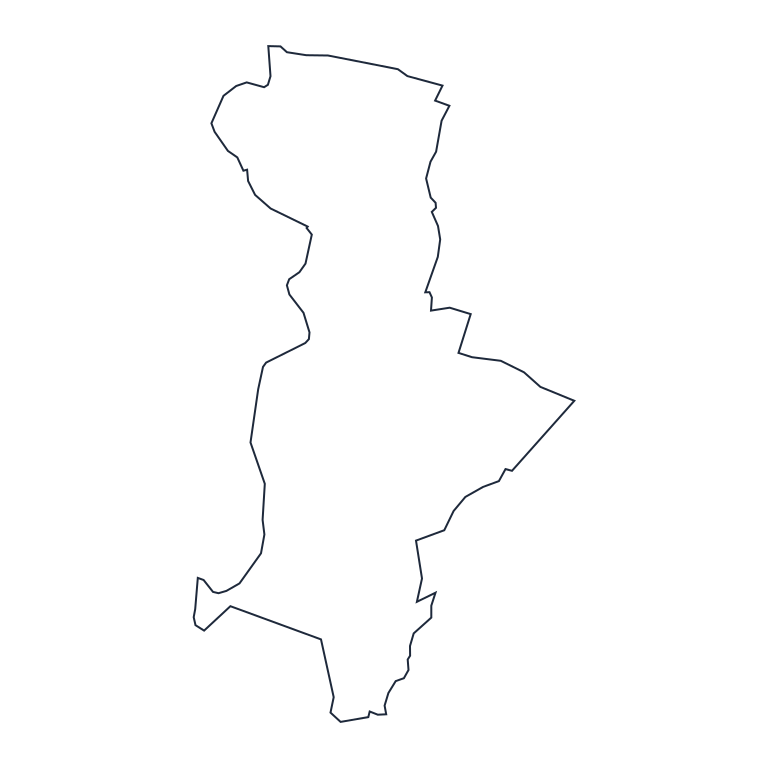 Castleknock Lea-6, Fingal, Ireland, rotated 90°
{"feature_id": "5873133B47957460219787", "entity_name": "Castleknock Lea-6", "entity_type": "district", "adm_level": 2, "iso_a3": "IRL", "parent_name": "Ireland", "parent_adm1": "Fingal", "projection": "orthographic", "projection_center": [-6.404, 53.378], "detail": "fine", "context": "isolated", "style": "outline", "palette": "slate", "viewbox_px": 768, "rotation_deg": 90, "n_neighbors": 0, "source": "geoboundaries", "source_scale": "gbopen_adm2", "svg_char_len": 1471}
<svg xmlns="http://www.w3.org/2000/svg" viewBox="0 0 768 768"><g transform="rotate(90 384 384)"><path d="M630.6,563.9L606.2,537.6L639.4,447.0L697.2,434.3L712.6,437.5L721.9,427.4L717.1,399.7L711.5,398.3L714.7,390.2L714.3,381.8L705.6,383.4L693.0,379.6L681.1,372.3L678.2,364.1L670.0,359.5L659.5,360.3L655.7,357.9L646.0,358.0L633.4,354.3L617.6,336.7L605.7,336.7L592.7,332.5L601.8,351.1L578.5,346.0L540.6,352.0L530.2,323.7L511.0,314.4L496.9,302.6L486.9,284.9L481.1,269.1L469.1,262.5L470.8,256.0L400.8,193.7L386.9,227.6L372.3,244.0L360.8,267.2L357.2,296.0L352.9,309.5L314.1,297.3L307.7,318.3L310.6,337.0L297.5,336.1L292.2,338.5L292.3,342.7L256.9,330.2L239.4,327.8L226.0,330.0L211.9,336.2L207.8,332.0L202.8,332.4L197.6,337.3L178.5,341.9L161.7,337.5L151.7,331.9L120.7,326.4L105.8,318.6L100.6,332.9L85.6,325.5L76.1,360.6L69.2,370.1L55.5,440.0L55.2,461.7L52.2,481.1L46.4,487.5L46.1,499.7L76.2,497.5L84.8,500.1L87.2,503.9L82.4,521.3L86.0,531.8L95.8,544.5L123.3,556.6L131.8,553.4L150.9,540.1L157.4,530.7L170.7,524.6L169.7,520.9L181.0,519.9L194.9,512.9L208.5,497.4L226.6,460.3L228.0,461.4L234.6,456.2L263.6,462.5L272.2,468.6L279.2,478.8L285.3,481.1L294.5,478.6L312.8,464.5L332.4,458.5L339.1,459.1L343.0,462.7L362.6,501.9L366.9,505.0L389.2,509.8L442.5,517.5L483.8,503.2L519.9,505.4L534.5,503.6L553.3,507.0L583.4,528.5L590.9,541.6L593.2,549.5L591.9,555.0L580.0,564.4L577.9,570.2L609.1,572.8L617.2,574.3L625.2,572.5L630.6,563.9Z" fill="none" stroke="#1e293b" stroke-width="2"/></g></svg>